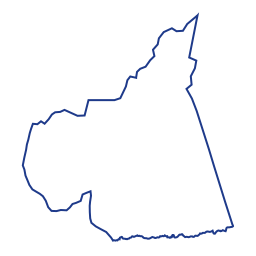 Lac Iro, Moyen-Chari, Chad (Robinson projection)
{"feature_id": "50815135B94662216566844", "entity_name": "Lac Iro", "entity_type": "district", "adm_level": 2, "iso_a3": "TCD", "parent_name": "Chad", "parent_adm1": "Moyen-Chari", "projection": "robinson", "projection_center": [19.344, 9.791], "detail": "fine", "context": "isolated", "style": "outline", "palette": "blue", "viewbox_px": 256, "rotation_deg": 0, "n_neighbors": 0, "source": "geoboundaries", "source_scale": "gbopen_adm2", "svg_char_len": 3462}
<svg xmlns="http://www.w3.org/2000/svg" viewBox="0 0 256 256"><path d="M64.5,109.9L60.2,111.9L55.1,112.3L51.9,114.5L48.7,119.2L44.6,123.7L41.0,121.3L37.4,124.2L32.9,123.8L31.1,128.8L29.8,133.0L28.3,139.7L26.9,144.5L26.1,149.8L24.3,157.7L22.8,165.4L24.4,169.6L25.5,175.6L27.4,180.1L29.4,185.0L32.4,189.4L36.4,191.8L39.8,193.8L42.9,196.2L45.8,200.8L48.2,207.2L51.5,210.9L56.5,211.1L60.8,210.0L66.6,210.3L69.9,207.4L72.5,204.0L76.0,202.9L80.7,200.9L82.6,194.5L86.6,192.8L90.5,191.3L91.0,195.7L90.1,201.6L89.7,205.8L89.8,212.1L90.2,218.4L91.4,222.8L95.8,226.4L100.7,229.1L106.2,232.0L111.1,237.6L113.0,240.6L113.4,240.4L113.7,240.2L115.6,240.6L116.5,240.2L117.0,240.3L117.5,240.4L117.9,239.9L118.5,239.2L118.9,239.1L119.6,239.3L119.9,237.7L121.6,236.9L122.1,237.1L122.6,238.2L122.8,238.4L123.2,238.6L125.3,238.8L125.6,239.0L126.0,238.9L126.6,239.0L127.0,239.2L127.3,239.1L127.8,238.8L128.2,238.7L128.4,238.7L129.0,238.6L129.7,237.9L129.9,237.8L130.3,237.7L131.0,237.5L131.3,237.4L131.8,236.7L132.0,236.4L132.3,236.3L132.7,236.3L133.6,236.8L134.1,236.8L135.0,236.4L137.4,235.4L137.5,235.5L137.9,235.9L138.0,236.0L138.3,236.0L139.5,235.8L140.2,236.2L141.7,236.2L141.9,236.3L142.2,236.5L142.8,236.9L143.0,237.3L143.5,237.7L143.9,237.9L144.1,238.0L144.3,238.1L145.4,238.2L146.3,238.2L146.9,238.4L147.2,238.5L147.8,238.7L148.1,238.7L148.7,238.7L149.2,238.6L149.9,238.3L150.2,238.2L152.3,237.0L154.3,237.6L154.7,237.9L155.7,238.0L157.4,237.3L158.6,237.5L158.8,237.4L159.4,237.2L159.5,237.2L159.8,236.7L160.1,236.2L161.7,236.3L162.6,235.9L163.5,236.2L163.8,236.2L164.1,236.1L164.8,235.4L165.0,235.6L166.1,236.2L166.3,236.3L167.2,236.2L167.4,237.3L168.7,237.3L169.2,237.3L169.8,237.8L170.3,237.7L170.7,237.2L171.0,236.9L171.0,237.0L171.3,237.3L171.6,237.3L171.7,237.2L172.1,236.8L172.3,235.3L172.4,235.2L172.6,235.0L173.3,235.0L173.8,235.3L174.1,236.5L174.2,237.0L174.6,237.4L175.0,237.5L175.3,237.5L176.0,237.4L176.8,237.2L177.4,236.8L177.7,236.6L179.2,234.9L179.8,234.6L181.0,234.7L181.3,234.5L181.5,234.3L182.1,234.2L182.4,234.5L182.6,234.6L183.1,235.5L183.7,235.9L184.0,236.2L185.1,237.1L186.7,236.8L188.8,237.2L190.3,236.6L190.7,236.4L191.8,236.4L192.2,236.4L192.4,236.5L192.8,236.8L193.2,236.9L193.3,236.9L193.5,236.9L193.8,236.9L195.3,235.7L197.6,235.9L197.8,235.8L198.5,235.2L199.8,234.1L200.0,233.5L201.4,233.6L201.7,233.6L202.7,232.9L204.7,232.9L204.9,232.8L205.2,232.7L206.2,231.8L206.4,231.7L207.2,231.6L207.3,231.5L208.4,231.6L209.5,231.9L210.3,231.8L211.3,231.5L212.6,230.7L213.2,232.5L213.3,232.8L213.8,233.5L214.2,233.7L215.0,233.6L215.2,233.2L215.3,233.2L215.9,232.2L216.3,231.9L216.8,231.3L217.8,230.7L218.7,230.5L219.5,230.9L219.9,230.9L220.1,230.8L220.3,231.0L220.5,231.2L221.5,231.0L222.8,230.2L223.3,230.4L224.6,230.9L225.6,231.2L226.0,230.2L226.3,228.6L226.6,227.9L227.1,227.5L227.3,227.4L228.1,227.3L229.4,227.3L232.2,226.8L232.8,226.4L233.0,226.2L232.9,225.4L232.7,225.1L232.4,224.5L225.1,201.8L213.9,165.7L208.9,149.2L196.7,111.0L191.9,98.5L186.5,88.9L191.6,84.7L190.8,76.3L191.1,75.7L194.9,68.3L196.3,60.6L189.2,57.5L197.5,15.4L197.3,15.6L196.8,15.9L196.1,16.6L195.0,17.5L187.2,24.0L186.4,25.3L182.9,30.8L176.5,31.2L171.9,28.3L163.7,32.1L158.9,38.3L157.7,44.4L153.0,49.7L153.0,49.8L154.4,56.1L150.2,60.2L145.6,66.7L140.2,68.8L137.1,71.8L137.0,72.0L136.1,77.7L136.1,77.8L130.3,76.5L129.8,77.1L127.4,80.2L125.9,86.5L120.3,98.2L119.7,98.4L114.6,100.1L88.5,100.1L84.6,115.5L77.5,115.8L64.5,109.9Z" fill="none" stroke="#1e3a8a" stroke-width="2"/></svg>